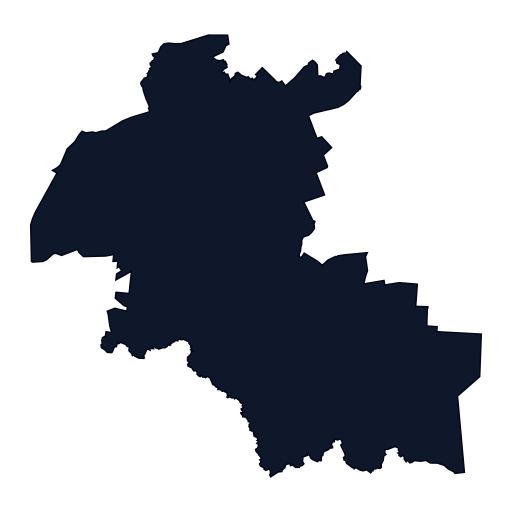 the district of De Wolden, Drenthe, Netherlands
{"feature_id": "6326949B49446326038856", "entity_name": "De Wolden", "entity_type": "district", "adm_level": 2, "iso_a3": "NLD", "parent_name": "Netherlands", "parent_adm1": "Drenthe", "projection": "orthographic", "projection_center": [6.374, 52.706], "detail": "fine", "context": "isolated", "style": "filled", "palette": "ink", "viewbox_px": 512, "rotation_deg": 0, "n_neighbors": 0, "source": "geoboundaries", "source_scale": "gbopen_adm2", "svg_char_len": 5993}
<svg xmlns="http://www.w3.org/2000/svg" viewBox="0 0 512 512"><path d="M361.0,66.0L346.8,51.6L346.3,52.8L342.6,53.6L342.2,54.5L340.5,55.0L336.2,59.4L335.9,60.4L336.8,61.0L336.8,63.0L340.5,64.7L339.7,69.2L334.0,71.2L333.3,74.0L328.9,73.1L327.0,73.5L326.2,74.2L324.9,77.4L323.1,77.8L323.2,77.0L320.9,76.0L317.7,75.9L317.3,64.9L314.6,61.6L312.5,60.3L308.6,63.2L308.5,65.0L304.3,66.9L294.6,78.0L285.4,86.0L281.8,81.0L279.3,82.4L277.5,82.4L276.7,81.5L275.8,82.3L274.6,80.3L275.0,80.1L262.3,67.7L255.6,74.5L257.5,76.4L253.9,80.0L252.2,78.2L250.8,79.4L248.2,76.8L246.7,77.4L241.6,75.4L237.9,72.3L235.4,73.4L235.0,75.9L231.1,79.0L230.2,81.1L227.7,74.1L225.6,74.3L224.1,72.2L222.5,73.3L221.6,71.9L224.0,69.1L227.1,67.2L226.3,64.6L226.8,64.4L225.3,61.4L223.8,61.9L223.7,60.2L223.2,59.7L220.1,60.8L216.3,60.1L212.3,57.0L223.0,52.0L225.9,45.6L228.9,44.0L227.6,35.2L208.3,35.1L181.6,43.5L175.2,43.8L168.4,43.1L163.7,44.0L160.7,47.1L158.2,52.8L152.3,54.0L153.1,56.0L154.5,57.1L154.5,58.3L153.9,59.8L151.5,61.7L151.8,62.8L150.2,63.1L150.3,64.9L151.7,65.9L151.1,67.6L149.7,68.6L150.3,69.5L149.0,70.8L148.6,72.5L147.2,73.5L148.5,75.3L147.4,76.0L147.4,76.8L146.6,77.7L144.4,78.1L141.1,82.3L140.8,83.7L141.8,86.1L143.0,87.4L143.2,90.0L146.0,98.6L149.6,107.0L148.6,108.1L149.4,110.8L149.0,112.0L131.9,117.1L122.8,120.8L105.7,131.0L101.7,131.1L95.8,132.8L92.7,132.0L85.8,132.8L82.1,131.2L79.1,134.7L74.8,141.8L67.3,148.8L61.3,163.0L60.0,165.2L57.1,167.8L52.5,170.4L57.0,173.0L35.4,212.1L32.6,218.6L30.7,225.0L31.5,261.5L32.8,262.1L43.0,261.4L46.5,259.7L53.4,253.6L56.1,253.4L61.6,255.4L76.6,249.7L77.9,249.9L78.9,252.3L83.4,256.6L105.6,256.0L113.8,254.5L113.0,261.4L117.9,261.2L117.2,267.8L119.0,266.7L121.4,270.1L121.4,271.0L116.6,273.9L115.9,279.9L131.5,271.2L129.1,293.5L116.0,292.3L115.3,298.2L124.2,305.8L127.4,306.6L126.9,311.2L114.9,308.3L107.3,311.2L108.3,314.8L109.8,325.9L111.3,331.3L111.1,332.6L106.1,331.7L105.3,336.3L102.5,337.6L101.8,340.4L102.2,344.2L101.0,344.9L101.4,347.5L105.4,350.2L107.3,352.4L111.4,352.6L112.3,352.0L114.4,346.8L116.4,346.6L117.3,343.1L118.2,342.6L118.8,343.6L120.6,342.4L125.7,344.4L127.1,346.3L129.7,347.2L128.9,349.6L129.1,351.0L132.2,353.9L132.0,354.9L132.5,355.6L133.8,354.6L134.7,356.1L138.9,358.1L143.9,358.4L144.3,358.0L143.6,355.4L144.7,354.2L147.1,348.7L150.0,350.1L149.7,348.9L150.1,348.4L153.7,348.7L153.2,347.3L154.4,346.5L156.1,348.2L156.8,347.6L158.7,349.1L163.1,347.6L164.5,347.9L167.0,346.6L167.8,344.8L169.7,345.4L170.7,344.8L170.4,343.3L171.9,343.1L172.0,341.6L173.1,342.0L172.9,341.3L173.4,341.0L174.6,341.5L174.7,340.4L177.9,340.8L178.3,339.3L182.2,339.7L183.0,339.0L189.2,342.1L189.0,343.5L190.7,345.1L190.6,347.1L191.8,348.0L190.6,349.5L192.5,351.1L191.4,351.1L191.3,353.1L190.1,355.1L187.6,357.1L187.5,360.8L189.6,362.8L187.6,364.3L188.2,366.3L191.7,367.6L193.7,370.9L195.3,370.6L197.3,371.6L197.0,374.1L199.3,376.4L200.4,376.5L201.7,375.3L202.9,377.2L204.1,376.7L205.4,377.7L207.2,376.4L209.9,377.8L213.0,384.8L214.2,384.8L216.1,387.0L218.5,387.7L218.7,388.7L218.0,388.7L217.9,389.5L220.3,389.6L222.3,391.3L223.7,390.9L224.7,391.6L225.1,390.8L225.8,392.2L227.0,392.7L227.5,395.3L227.0,397.1L227.9,397.7L229.8,396.7L232.0,398.0L234.3,397.7L234.6,398.8L236.2,398.0L240.3,401.2L239.9,401.8L241.2,403.2L243.0,403.7L242.2,405.9L243.0,406.2L243.2,407.5L241.1,409.0L242.1,410.5L242.7,410.2L242.7,412.1L242.2,412.9L240.9,412.7L240.9,413.4L242.6,415.6L242.7,416.8L245.6,417.0L248.1,420.1L248.3,421.7L250.3,421.9L250.6,423.1L249.2,424.3L249.5,425.4L248.9,426.5L250.3,428.5L249.8,430.0L251.9,431.1L253.1,430.6L254.2,436.1L255.2,435.8L255.3,436.8L256.9,437.2L258.0,439.7L257.1,440.5L258.4,441.0L258.3,441.9L256.8,443.3L258.3,444.2L258.5,446.0L257.5,448.2L255.6,449.4L256.1,451.5L258.5,453.8L258.7,454.9L260.0,455.0L259.9,456.3L261.2,457.7L260.7,459.7L259.9,459.9L260.6,460.6L260.9,462.5L259.6,463.7L260.3,465.8L264.2,468.0L263.9,469.0L265.8,470.4L269.3,468.8L270.4,471.2L270.4,473.4L269.8,474.9L270.6,476.9L278.3,471.9L281.9,471.5L282.1,470.0L284.9,467.7L284.5,466.9L285.2,466.0L285.2,465.1L288.3,463.8L290.4,464.2L290.5,465.6L292.9,465.2L295.6,467.4L299.4,467.3L299.8,466.2L302.4,465.4L303.9,463.8L302.5,461.6L303.0,456.9L307.6,455.3L307.7,454.4L309.7,455.4L310.8,458.2L312.5,459.5L317.4,461.7L318.9,460.4L321.0,460.8L321.4,460.0L321.3,456.3L322.7,455.5L323.1,453.0L324.3,451.5L328.8,449.4L329.0,448.3L332.5,447.8L332.6,446.9L331.4,444.8L332.2,442.3L334.3,441.6L334.5,439.1L337.9,440.0L338.9,438.7L341.4,440.1L342.6,443.3L340.7,445.1L345.0,453.8L345.2,456.4L343.5,457.5L344.2,460.2L345.8,460.7L346.4,463.1L352.6,467.8L353.8,467.6L354.2,468.8L355.8,467.5L360.0,470.1L363.1,470.8L366.7,469.8L370.7,472.8L371.7,471.5L371.5,470.2L373.0,470.6L373.2,469.3L376.7,468.5L377.0,467.8L379.9,468.5L381.4,467.2L381.2,464.3L383.2,460.5L383.7,456.2L385.9,454.4L384.8,453.4L384.9,450.1L385.7,449.2L387.9,449.3L394.7,446.6L398.0,447.6L398.6,448.8L398.3,450.0L399.3,451.5L399.0,453.1L398.1,453.1L399.2,454.3L399.0,455.5L400.8,456.7L403.1,455.4L404.2,456.5L404.2,459.1L406.1,461.7L406.6,460.8L407.9,460.8L409.8,462.8L411.6,462.5L414.5,460.6L420.6,461.2L426.0,460.4L430.3,463.0L437.3,463.1L444.2,465.3L448.2,468.9L453.7,471.7L455.0,473.4L464.4,472.3L457.5,396.1L479.7,376.6L481.3,334.1L436.8,331.7L437.1,326.7L426.8,326.0L427.3,307.9L427.8,308.0L427.8,306.7L415.7,306.4L417.3,284.2L399.2,282.7L384.8,285.0L384.0,280.5L363.8,283.9L365.3,277.2L367.5,270.6L365.5,256.7L367.3,252.7L344.9,254.8L338.1,255.8L335.6,257.2L335.3,256.6L328.0,260.1L322.7,264.9L323.2,266.0L317.4,261.2L304.2,253.2L300.8,258.2L299.2,255.8L299.2,254.3L300.5,250.9L300.8,247.4L301.7,244.2L301.7,240.3L302.6,238.0L304.3,236.5L308.5,235.2L311.8,232.2L314.5,228.4L314.0,223.8L314.9,221.4L312.9,220.6L303.7,202.0L324.5,194.9L316.0,172.6L327.1,167.5L327.5,166.1L323.3,155.1L331.6,147.6L321.7,136.8L317.0,138.4L308.4,115.7L313.8,113.0L338.0,107.3L343.6,104.4L348.4,100.7L356.5,91.8L358.2,90.9L359.3,88.8L360.0,89.2L360.6,87.6L360.5,85.7L360.0,85.3L361.0,66.0Z" fill="#0f172a" stroke="#020617" stroke-width="1.5"/></svg>